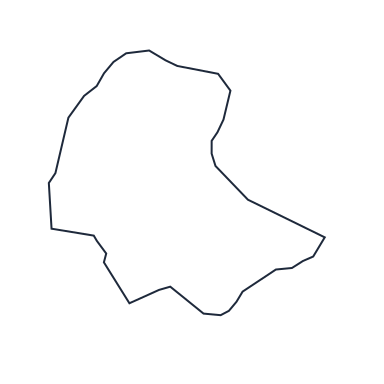 SVG path tracing the border of Puconci, rotated 106°
{"feature_id": "SVN-929", "entity_name": "Puconci", "entity_type": "Municipality", "adm_level": 1, "iso_a3": "SVN", "parent_name": "Slovenia", "parent_adm1": "", "projection": "natural_earth1", "projection_center": [16.132, 46.76], "detail": "fine", "context": "isolated", "style": "outline", "palette": "slate", "viewbox_px": 384, "rotation_deg": 106, "n_neighbors": 0, "source": "natural_earth", "source_scale": "10m", "svg_char_len": 610}
<svg xmlns="http://www.w3.org/2000/svg" viewBox="0 0 384 384"><g transform="rotate(106 192 192)"><path d="M137.4,187.2L149.7,183.7L160.5,176.6L184.0,136.1L199.0,51.9L220.6,57.7L227.7,66.3L237.5,75.0L243.4,90.0L273.8,115.9L285.3,119.0L296.1,123.8L302.5,130.5L305.7,147.4L289.0,186.8L295.2,196.7L316.2,221.5L283.9,257.3L274.8,257.5L265.2,270.0L261.0,274.4L266.0,316.9L222.8,332.1L211.5,328.5L154.6,331.3L129.3,322.2L116.4,312.8L102.1,309.3L88.6,303.3L76.8,293.5L67.8,272.2L72.7,253.8L74.9,240.9L71.2,199.5L84.0,183.0L113.7,181.7L127.6,184.0L137.4,187.2Z" fill="none" stroke="#1e293b" stroke-width="2"/></g></svg>